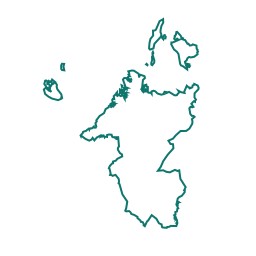 outline of Minahasa Utara, Sulawesi Utara, Indonesia, rotated 353°
{"feature_id": "22746128B90516172699691", "entity_name": "Minahasa Utara", "entity_type": "district", "adm_level": 2, "iso_a3": "IDN", "parent_name": "Indonesia", "parent_adm1": "Sulawesi Utara", "projection": "mercator", "projection_center": [124.995, 1.587], "detail": "fine", "context": "isolated", "style": "outline", "palette": "teal", "viewbox_px": 256, "rotation_deg": 353, "n_neighbors": 0, "source": "geoboundaries", "source_scale": "gbopen_adm2", "svg_char_len": 5802}
<svg xmlns="http://www.w3.org/2000/svg" viewBox="0 0 256 256"><g transform="rotate(353 128 128)"><path d="M195.4,125.1L194.5,124.0L192.8,123.7L191.5,121.5L191.3,115.9L192.7,114.6L194.4,115.3L195.5,115.0L193.9,111.7L196.5,109.5L197.7,110.2L197.8,109.2L198.9,108.2L197.7,105.7L198.3,101.7L202.6,98.1L203.0,96.7L202.4,94.4L199.1,92.3L198.8,93.2L197.4,93.6L196.7,95.5L195.0,96.0L194.5,95.5L194.0,96.1L191.5,93.2L188.2,98.9L188.4,100.1L185.0,98.9L182.6,97.2L183.3,98.7L180.5,101.1L180.3,102.1L180.2,101.5L178.2,101.2L173.2,97.2L170.7,97.9L171.3,97.3L168.7,96.5L167.2,98.7L165.2,99.0L161.5,97.4L159.5,94.9L157.9,94.1L155.8,94.6L155.6,96.9L155.0,95.8L152.6,95.5L152.2,94.6L150.7,93.9L149.4,93.9L147.9,93.4L147.7,93.5L147.8,94.2L147.7,94.3L146.5,92.6L146.7,91.1L146.1,90.9L146.9,89.8L148.7,82.1L150.9,80.5L150.7,78.6L146.9,76.7L146.1,77.1L145.2,79.2L145.2,75.5L140.8,71.8L138.6,71.4L135.2,71.8L135.9,73.8L135.6,75.3L136.3,76.1L135.5,75.8L136.0,76.7L135.2,76.5L134.0,77.6L135.3,80.0L137.1,79.9L137.2,80.5L136.2,80.9L136.6,82.2L135.7,82.4L134.8,81.2L133.9,81.0L132.3,78.2L130.2,78.0L128.9,79.3L130.7,87.5L129.9,86.9L129.0,87.3L130.2,88.2L131.2,87.8L132.0,87.9L132.5,88.2L131.3,88.2L131.5,89.7L129.7,89.1L129.1,89.9L128.8,88.8L127.1,89.4L129.3,93.4L130.8,92.4L131.3,92.7L130.6,92.7L130.1,93.8L130.6,94.6L129.7,94.4L130.5,97.0L129.6,98.0L130.0,96.4L128.6,94.3L128.6,96.4L128.4,96.7L128.1,96.8L126.9,95.1L124.5,95.4L122.8,93.7L121.5,94.9L120.9,94.5L121.4,91.3L120.6,92.0L120.2,93.4L119.7,93.1L117.7,94.7L117.9,97.6L116.5,97.2L115.7,98.3L116.1,101.2L117.9,100.9L118.6,101.2L117.8,101.0L117.2,101.8L118.1,102.2L117.1,102.4L118.3,104.1L116.0,102.1L115.3,103.5L114.5,103.6L116.0,104.5L116.3,105.8L115.9,104.7L114.7,104.1L113.3,105.8L115.0,102.4L114.7,101.5L113.6,101.9L113.3,102.9L111.6,103.9L111.3,105.1L108.1,106.5L106.0,110.3L101.3,112.6L97.5,116.5L97.8,117.6L96.3,119.2L96.7,122.7L95.5,124.3L95.6,123.7L94.4,123.5L94.3,122.4L92.1,124.0L90.5,123.7L89.9,124.4L89.3,124.1L89.2,124.7L88.9,124.2L87.5,124.6L86.1,125.7L83.0,126.3L82.4,127.6L80.0,129.6L80.3,130.5L80.6,129.9L84.4,133.6L88.0,135.8L90.4,135.0L91.7,133.5L93.1,136.2L95.9,133.6L99.8,132.1L99.5,133.4L101.4,132.6L101.5,133.3L102.9,132.5L103.6,134.3L103.9,133.8L106.1,134.3L106.4,132.4L108.3,132.1L110.9,132.7L111.2,134.7L112.0,135.4L113.1,135.3L115.2,137.5L115.7,137.5L115.3,135.7L117.1,135.9L116.8,145.2L115.6,146.5L115.3,148.3L117.0,152.0L118.8,153.5L118.8,155.5L113.6,157.3L112.0,158.9L109.0,159.5L108.9,161.2L107.9,161.3L105.4,163.4L104.1,165.6L104.7,166.2L105.2,170.8L104.5,172.4L105.9,172.6L106.8,173.6L109.9,173.0L112.5,177.2L112.6,180.2L111.9,181.7L112.7,182.6L114.4,193.3L118.3,200.9L116.4,207.5L115.2,209.8L116.0,210.5L119.0,210.6L120.2,211.9L120.9,213.8L123.4,214.9L126.6,217.4L126.4,218.5L129.1,221.4L129.3,222.7L131.1,223.2L131.9,225.1L131.6,226.4L132.7,227.5L135.6,222.9L136.5,222.5L140.9,217.4L145.1,221.5L147.1,226.3L149.6,227.8L149.7,230.4L150.4,231.0L154.3,231.8L154.8,231.0L156.9,231.1L158.4,230.4L164.0,231.2L165.3,228.6L164.6,228.2L165.3,227.8L165.4,225.9L164.7,223.3L164.0,224.2L164.1,222.5L163.0,224.4L163.4,222.0L164.1,221.6L163.2,220.2L164.6,219.7L164.7,217.2L166.4,216.8L167.2,214.1L168.1,213.8L167.2,211.3L168.3,211.8L167.1,210.3L167.8,209.7L166.2,208.9L168.5,209.0L168.8,208.1L167.9,208.3L167.8,207.8L169.4,207.8L167.9,206.6L168.7,204.2L170.4,202.8L173.1,201.9L176.3,198.8L176.8,196.7L176.2,196.5L178.0,193.7L173.8,184.9L173.7,176.3L172.0,176.7L169.5,175.3L164.1,177.1L160.6,176.1L157.9,174.3L152.5,174.1L155.8,170.5L159.0,165.1L164.4,159.1L170.6,153.7L170.7,149.6L168.2,149.0L166.6,145.5L171.3,144.1L174.8,140.9L179.8,137.4L185.4,138.0L188.9,136.1L192.3,131.6L192.8,129.1L192.5,127.0L195.4,125.1ZM127.6,97.0L128.4,97.9L128.3,98.7L127.6,97.0ZM188.4,38.5L187.7,38.6L187.0,41.1L184.9,43.0L186.0,42.5L184.7,45.0L185.7,46.1L186.9,45.9L188.3,44.8L187.7,46.2L188.8,46.8L182.7,48.6L181.5,48.4L181.1,50.1L183.2,55.6L185.9,58.4L187.1,60.7L187.6,70.7L188.2,72.3L190.1,73.4L193.9,77.1L194.1,75.0L193.3,72.9L197.5,72.6L192.8,70.8L192.6,69.2L194.5,67.9L195.4,66.1L197.3,64.9L198.8,65.6L202.3,65.4L206.0,63.3L205.9,61.4L206.8,60.8L206.3,59.5L206.6,58.8L205.8,57.7L206.0,54.6L202.5,52.9L201.4,53.6L199.5,53.7L198.2,51.7L197.3,51.7L195.5,47.8L192.5,46.4L193.5,46.3L193.6,45.7L192.5,44.9L192.2,45.3L191.4,42.6L188.4,38.5ZM65.9,86.4L62.6,80.9L62.2,78.3L62.7,76.5L61.3,73.7L59.0,75.1L57.8,75.4L55.7,78.0L55.0,80.8L56.4,82.7L54.0,81.2L52.3,79.2L51.9,77.6L49.2,79.5L49.9,84.1L52.9,87.2L56.3,89.6L62.0,91.8L65.5,90.8L65.5,89.8L66.2,89.9L65.9,86.4ZM175.8,27.7L176.1,24.2L172.3,25.9L167.7,33.8L166.3,34.5L164.7,34.4L164.2,39.3L161.1,42.4L159.7,46.2L158.6,51.6L159.5,52.9L163.0,52.0L164.5,47.6L172.0,41.2L172.5,39.0L171.9,36.8L172.4,34.2L173.7,30.6L175.8,27.7ZM53.3,74.5L53.6,71.8L52.4,70.8L51.5,71.0L50.3,74.1L52.2,77.8L53.9,79.2L55.0,78.0L55.4,75.8L54.6,74.5L53.3,74.5ZM162.4,64.3L161.5,59.2L160.5,60.2L160.3,63.3L159.0,66.4L158.9,68.0L159.7,68.6L161.9,66.4L162.4,64.3ZM151.4,87.2L149.3,87.6L148.3,89.0L149.2,89.3L147.9,90.5L148.2,91.7L150.6,91.6L152.2,93.4L152.7,89.7L151.7,89.4L151.4,87.2ZM72.4,56.6L70.3,56.2L69.3,57.7L68.9,61.2L69.6,62.4L71.8,63.0L71.4,59.2L72.4,56.6ZM58.6,74.9L61.2,73.4L58.6,70.7L57.4,73.4L58.6,74.9ZM126.8,92.9L125.8,89.3L124.7,88.7L124.2,92.2L124.8,91.8L126.1,93.6L126.8,92.9ZM175.8,40.8L175.7,39.4L175.4,40.6L173.0,41.8L173.8,43.2L176.1,43.6L176.6,42.1L175.8,40.8ZM196.0,73.3L194.8,74.2L196.2,75.0L197.0,74.1L196.0,73.3ZM56.2,72.8L55.0,71.5L54.4,72.0L54.6,72.8L56.2,72.8ZM161.3,58.3L162.3,56.7L162.0,55.5L161.4,56.4L161.3,58.3ZM150.0,93.6L150.3,93.0L149.7,92.8L148.8,93.2L150.0,93.6ZM154.3,66.6L153.7,67.1L154.9,68.1L155.1,67.8L154.3,66.6ZM127.0,86.1L127.5,85.3L126.9,84.9L127.0,86.1ZM174.1,43.6L173.5,43.6L173.9,44.2L174.1,43.6ZM56.8,72.5L57.4,72.5L57.3,72.1L56.8,72.5Z" fill="none" stroke="#0f766e" stroke-width="2"/></g></svg>